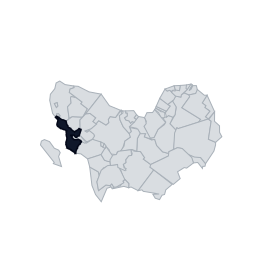 Mozambique on a map of Africa (Mercator projection), rotated 127°
{"feature_id": "MOZ", "entity_name": "Mozambique", "entity_type": "country or territory", "adm_level": 0, "iso_a3": "MOZ", "parent_name": "Africa", "parent_adm1": "", "projection": "mercator", "projection_center": [35.316, -18.663], "detail": "fine", "context": "in_parent", "style": "filled", "palette": "ink", "viewbox_px": 256, "rotation_deg": 127, "n_neighbors": 49, "source": "natural_earth", "source_scale": "50m", "svg_char_len": 14387}
<svg xmlns="http://www.w3.org/2000/svg" viewBox="0 0 256 256"><g transform="rotate(127 128 128)"><path d="M165.4,133.5L177.0,141.7L177.0,150.0L179.4,154.1L177.7,155.4L166.9,156.8L165.1,152.1L158.5,149.7L156.1,145.7L155.5,141.3L158.6,138.8L157.8,133.9L165.4,133.5Z" fill="#d9dde1" stroke="#a8b0b8" stroke-width="1"/><path d="M72.5,69.3L72.5,72.9L65.3,72.8L65.4,79.0L63.4,79.2L63.3,83.8L54.2,84.6L62.9,68.6L72.5,69.3Z" fill="#d9dde1" stroke="#a8b0b8" stroke-width="1"/><path d="M155.5,141.3L158.5,149.7L154.2,150.1L153.4,157.4L156.1,158.2L156.3,160.6L150.7,157.0L139.8,155.8L138.9,147.4L135.3,146.6L133.0,148.9L129.6,149.1L127.1,144.3L118.0,144.1L121.1,141.3L123.3,142.3L126.4,139.2L130.0,132.4L131.9,122.3L133.9,120.5L140.4,122.6L147.4,120.0L151.2,120.0L153.5,122.1L156.3,121.4L159.5,126.6L156.7,130.1L155.5,141.3Z" fill="#d9dde1" stroke="#a8b0b8" stroke-width="1"/><path d="M182.2,135.1L180.9,125.4L183.4,122.2L189.6,120.5L195.7,113.9L186.8,111.3L184.3,108.2L185.6,106.3L188.8,108.5L203.0,105.0L200.7,113.8L195.6,122.2L182.2,135.1Z" fill="#d9dde1" stroke="#a8b0b8" stroke-width="1"/><path d="M177.0,141.7L165.4,133.5L167.9,127.3L165.7,122.2L168.5,119.4L174.6,123.6L182.8,122.9L180.9,125.4L182.2,135.1L177.0,141.7Z" fill="#d9dde1" stroke="#a8b0b8" stroke-width="1"/><path d="M145.1,113.4L143.4,112.5L142.7,111.8L142.9,109.3L139.3,103.8L141.7,96.8L143.6,97.0L143.5,86.9L146.0,86.9L146.0,82.2L171.9,82.2L173.3,90.1L175.3,91.5L171.9,93.9L170.6,101.6L166.2,108.1L165.6,112.4L162.9,104.5L159.9,109.9L156.9,108.9L154.7,110.8L149.8,110.7L146.2,108.9L143.6,112.6L145.1,113.4Z" fill="#d9dde1" stroke="#a8b0b8" stroke-width="1"/><path d="M143.5,87.9L143.6,97.0L141.7,96.8L139.3,103.8L141.4,107.0L130.7,114.2L124.8,115.2L121.9,110.5L125.2,109.6L123.3,102.1L121.0,99.8L124.7,94.6L126.2,86.0L123.9,80.2L126.1,78.9L143.5,87.9Z" fill="#d9dde1" stroke="#a8b0b8" stroke-width="1"/><path d="M127.1,196.6L128.2,195.3L131.8,197.7L134.9,196.3L134.9,187.3L137.0,192.3L138.6,192.0L142.3,188.5L147.5,189.0L155.7,180.9L159.5,181.3L161.1,186.3L160.9,189.9L159.2,189.6L158.4,192.1L159.7,193.4L163.1,192.0L161.7,197.0L153.0,207.2L147.7,210.3L140.7,210.1L135.3,212.5L131.6,210.8L131.2,204.4L127.1,196.6ZM154.7,197.5L152.7,197.3L150.4,199.8L152.8,201.5L154.7,197.5Z" fill="#d9dde1" stroke="#a8b0b8" stroke-width="1"/><path d="M154.7,197.5L152.8,201.5L150.4,199.8L152.7,197.3L154.7,197.5Z" fill="#d9dde1" stroke="#a8b0b8" stroke-width="1"/><path d="M159.5,181.3L152.6,179.5L146.6,170.8L150.5,171.2L157.5,165.7L163.1,168.4L162.7,176.7L159.5,181.3Z" fill="#d9dde1" stroke="#a8b0b8" stroke-width="1"/><path d="M155.7,180.9L147.5,189.0L142.3,188.5L138.6,192.0L137.0,192.3L134.9,187.3L134.9,180.3L137.0,180.2L137.1,172.0L146.6,170.8L152.6,179.5L155.7,180.9Z" fill="#d9dde1" stroke="#a8b0b8" stroke-width="1"/><path d="M134.9,180.3L134.9,196.3L131.8,197.7L128.2,195.3L127.1,196.6L124.7,192.9L122.6,180.9L117.1,169.8L146.2,170.4L137.1,172.0L137.0,180.2L134.9,180.3Z" fill="#d9dde1" stroke="#a8b0b8" stroke-width="1"/><path d="M55.0,101.5L53.0,98.9L56.3,95.0L59.7,94.7L64.9,99.2L66.3,104.1L55.1,104.2L54.7,102.5L61.3,101.7L55.0,101.5Z" fill="#d9dde1" stroke="#a8b0b8" stroke-width="1"/><path d="M66.3,104.1L64.9,99.2L66.0,97.5L79.4,97.2L77.4,75.2L80.7,75.1L98.3,87.6L98.4,89.1L100.8,88.8L99.4,97.1L89.1,98.4L82.7,101.8L79.7,108.7L73.9,109.1L71.5,104.4L69.3,105.4L66.3,104.1Z" fill="#d9dde1" stroke="#a8b0b8" stroke-width="1"/><path d="M54.2,84.6L63.3,83.8L63.4,79.2L65.4,79.0L65.3,72.8L72.5,72.9L72.5,69.3L80.7,75.1L77.4,75.2L79.4,97.2L66.0,97.5L64.9,99.2L59.7,94.7L55.5,95.8L55.9,86.7L54.2,84.6Z" fill="#d9dde1" stroke="#a8b0b8" stroke-width="1"/><path d="M97.3,117.8L95.5,118.0L95.1,111.4L93.1,108.5L97.7,104.5L99.8,107.9L97.4,112.8L97.3,117.8Z" fill="#d9dde1" stroke="#a8b0b8" stroke-width="1"/><path d="M123.9,80.2L126.2,86.0L124.7,94.6L121.0,99.8L123.3,102.1L122.4,104.0L120.0,101.5L111.1,103.2L103.3,100.9L100.4,101.6L99.3,105.8L93.7,103.2L92.3,98.5L99.4,97.1L100.8,88.8L117.6,78.7L122.3,81.1L123.9,80.2Z" fill="#d9dde1" stroke="#a8b0b8" stroke-width="1"/><path d="M97.3,117.8L101.0,101.2L111.1,103.2L120.0,101.5L123.3,104.9L117.1,116.2L111.6,117.4L110.0,121.0L104.3,122.1L100.9,117.7L97.3,117.8Z" fill="#d9dde1" stroke="#a8b0b8" stroke-width="1"/><path d="M123.1,103.1L125.2,109.6L121.9,110.5L125.1,114.6L123.1,121.1L126.2,127.7L112.5,126.5L110.0,121.6L110.6,119.5L113.5,116.1L117.1,116.2L123.1,103.1Z" fill="#d9dde1" stroke="#a8b0b8" stroke-width="1"/><path d="M93.4,107.3L95.5,118.0L93.8,118.5L91.4,107.9L93.4,107.3Z" fill="#d9dde1" stroke="#a8b0b8" stroke-width="1"/><path d="M91.5,107.3L93.8,118.5L85.2,120.5L85.0,107.4L91.5,107.3Z" fill="#d9dde1" stroke="#a8b0b8" stroke-width="1"/><path d="M73.9,109.1L77.9,108.4L85.3,110.3L85.2,120.5L74.6,121.9L74.9,119.0L72.7,117.3L73.9,109.1Z" fill="#d9dde1" stroke="#a8b0b8" stroke-width="1"/><path d="M61.6,103.8L69.3,105.4L71.5,104.4L73.9,109.1L73.4,114.6L71.4,115.4L70.2,112.7L68.5,113.2L67.2,109.4L62.6,111.9L58.4,107.2L61.6,103.8Z" fill="#d9dde1" stroke="#a8b0b8" stroke-width="1"/><path d="M55.1,104.2L61.6,103.8L61.5,105.5L58.4,107.2L55.1,104.2Z" fill="#d9dde1" stroke="#a8b0b8" stroke-width="1"/><path d="M73.0,114.6L72.7,117.3L74.9,119.0L74.6,121.9L66.5,116.6L69.1,113.0L71.4,115.4L73.0,114.6Z" fill="#d9dde1" stroke="#a8b0b8" stroke-width="1"/><path d="M62.6,111.9L67.2,109.4L69.1,113.0L66.5,116.6L62.6,111.9Z" fill="#d9dde1" stroke="#a8b0b8" stroke-width="1"/><path d="M79.7,108.7L82.1,102.3L89.1,98.4L92.3,98.5L93.7,103.2L96.2,103.7L93.4,107.3L85.0,107.4L85.3,110.3L79.7,108.7Z" fill="#d9dde1" stroke="#a8b0b8" stroke-width="1"/><path d="M151.2,120.0L144.7,120.3L140.4,122.6L133.9,120.5L131.7,123.8L128.9,123.3L126.4,126.5L123.0,119.5L124.8,115.2L130.7,114.2L141.4,107.0L142.7,111.8L151.2,120.0Z" fill="#d9dde1" stroke="#a8b0b8" stroke-width="1"/><path d="M131.7,123.8L130.0,132.4L126.4,139.2L123.3,142.3L119.0,141.1L117.5,142.5L115.7,140.1L117.3,138.9L116.5,137.5L118.9,135.7L122.0,136.8L122.9,134.4L121.7,131.4L122.6,128.8L120.4,128.6L120.0,126.5L126.2,127.7L128.9,123.3L131.7,123.8Z" fill="#d9dde1" stroke="#a8b0b8" stroke-width="1"/><path d="M116.1,126.5L119.7,126.4L120.4,128.6L122.6,128.8L121.7,131.4L122.9,134.4L122.0,136.8L118.9,135.7L116.5,137.5L117.3,138.9L115.7,140.1L110.7,133.9L112.2,129.2L116.1,129.1L116.1,126.5Z" fill="#d9dde1" stroke="#a8b0b8" stroke-width="1"/><path d="M112.5,126.5L116.1,126.5L116.1,129.1L112.2,129.2L112.5,126.5Z" fill="#d9dde1" stroke="#a8b0b8" stroke-width="1"/><path d="M158.5,149.7L164.0,152.7L162.8,161.7L163.9,162.2L157.3,164.1L157.5,165.7L150.5,171.2L142.1,170.3L139.2,167.0L139.3,159.8L143.9,159.9L143.6,155.4L150.7,157.0L156.3,160.6L156.1,158.2L153.4,157.4L153.5,151.5L154.8,149.9L158.5,149.7Z" fill="#d9dde1" stroke="#a8b0b8" stroke-width="1"/><path d="M162.9,151.7L166.3,153.7L166.9,161.4L169.3,163.7L167.9,168.6L166.7,163.7L162.8,161.7L164.5,154.5L162.9,151.7Z" fill="#d9dde1" stroke="#a8b0b8" stroke-width="1"/><path d="M161.4,192.0L159.7,193.4L158.4,192.1L159.2,189.6L161.4,192.0Z" fill="#d9dde1" stroke="#a8b0b8" stroke-width="1"/><path d="M117.5,142.5L119.0,142.4L118.0,144.1L117.5,142.5ZM118.4,144.8L127.1,144.3L129.6,149.1L133.0,148.9L135.3,146.6L138.9,147.4L139.8,155.8L143.9,156.1L143.9,159.9L139.3,159.8L139.2,167.0L142.1,170.3L117.1,169.8L121.4,156.3L118.4,144.8Z" fill="#d9dde1" stroke="#a8b0b8" stroke-width="1"/><path d="M158.0,136.7L158.6,138.8L155.5,141.3L154.8,137.6L158.0,136.7Z" fill="#d9dde1" stroke="#a8b0b8" stroke-width="1"/><path d="M198.8,157.9L201.4,166.2L199.9,166.2L194.2,187.7L190.6,189.3L187.6,187.8L186.1,182.5L188.5,174.7L187.4,170.0L188.5,167.3L192.5,166.3L198.8,157.9Z" fill="#d9dde1" stroke="#a8b0b8" stroke-width="1"/><path d="M54.7,102.5L58.6,100.9L61.3,101.7L54.7,102.5Z" fill="#d9dde1" stroke="#a8b0b8" stroke-width="1"/><path d="M112.2,62.0L107.9,52.2L109.8,44.6L112.2,43.5L113.7,45.2L115.5,44.2L113.6,51.6L116.5,54.7L112.2,62.0Z" fill="#d9dde1" stroke="#a8b0b8" stroke-width="1"/><path d="M72.5,69.3L72.5,65.7L88.6,57.0L86.7,49.4L88.8,47.9L94.7,45.5L109.8,44.6L107.9,52.2L111.2,57.4L112.9,64.2L111.8,72.4L113.9,76.6L117.6,78.7L103.9,87.8L98.4,89.1L98.3,87.6L72.5,69.3Z" fill="#d9dde1" stroke="#a8b0b8" stroke-width="1"/><path d="M171.0,99.6L171.9,93.9L175.3,91.5L177.1,96.2L185.5,103.5L183.9,103.9L178.8,99.4L171.0,99.6Z" fill="#d9dde1" stroke="#a8b0b8" stroke-width="1"/><path d="M62.9,68.6L70.6,62.9L71.2,56.2L76.4,52.2L78.5,47.8L86.7,49.4L88.6,57.0L72.5,65.7L72.6,68.6L62.9,68.6Z" fill="#d9dde1" stroke="#a8b0b8" stroke-width="1"/><path d="M171.9,82.2L146.0,82.2L146.4,58.8L154.6,60.6L159.1,58.8L161.2,60.4L166.2,59.7L167.7,64.0L166.0,68.2L162.0,63.4L169.4,77.7L169.0,79.6L171.9,82.2Z" fill="#d9dde1" stroke="#a8b0b8" stroke-width="1"/><path d="M145.8,57.9L146.0,86.9L143.5,87.9L126.1,78.9L122.3,81.1L113.9,76.6L111.8,72.4L113.2,59.3L116.5,54.7L124.7,57.0L125.8,59.3L133.1,62.1L137.0,55.9L145.8,57.9Z" fill="#d9dde1" stroke="#a8b0b8" stroke-width="1"/><path d="M195.7,113.9L189.6,120.5L177.8,124.0L170.4,121.7L163.4,114.4L171.0,99.6L173.5,100.1L174.2,98.4L182.2,101.8L183.9,103.9L182.6,107.2L184.8,107.5L186.8,111.3L195.7,113.9Z" fill="#d9dde1" stroke="#a8b0b8" stroke-width="1"/><path d="M183.9,103.9L186.0,104.2L184.8,107.5L182.6,107.2L183.9,103.9Z" fill="#d9dde1" stroke="#a8b0b8" stroke-width="1"/><path d="M165.4,133.5L156.0,134.4L159.6,123.2L165.7,122.2L166.7,123.7L167.9,127.3L165.4,133.5Z" fill="#d9dde1" stroke="#a8b0b8" stroke-width="1"/><path d="M157.8,133.9L158.6,136.4L154.8,137.6L155.4,135.0L157.8,133.9Z" fill="#d9dde1" stroke="#a8b0b8" stroke-width="1"/><path d="M158.7,123.8L156.3,121.4L152.5,121.8L143.6,112.6L147.7,108.6L149.8,110.7L154.7,110.8L156.9,108.9L159.9,109.9L162.2,107.1L161.5,105.1L163.9,104.7L165.6,112.4L163.4,114.4L168.5,119.4L164.3,123.2L158.7,123.8Z" fill="#d9dde1" stroke="#a8b0b8" stroke-width="1"/><path d="M159.7,181.6L160.0,181.4L160.4,181.0L160.7,180.6L161.0,180.3L161.3,180.0L161.7,179.5L162.1,179.1L162.1,178.7L162.3,178.2L162.3,177.9L162.3,177.7L162.4,177.4L162.8,177.2L163.0,176.8L163.2,176.5L163.5,176.0L163.5,175.8L163.5,175.7L163.4,175.5L163.2,175.2L163.0,174.6L163.1,174.2L163.1,173.9L163.0,173.7L162.9,173.7L162.8,173.4L163.2,173.1L163.3,173.0L163.3,172.8L163.3,172.5L163.5,172.2L163.4,172.0L163.4,171.8L163.4,171.6L163.4,170.9L163.4,170.1L163.4,169.7L163.2,169.2L163.2,168.8L163.3,168.6L163.4,168.4L163.1,168.4L162.9,168.4L162.7,168.2L162.3,168.0L161.8,167.8L161.2,167.8L160.6,167.3L160.2,167.2L159.6,166.9L159.0,166.9L158.3,166.8L157.9,166.8L157.8,166.4L157.8,166.0L157.8,165.7L157.7,165.4L157.6,165.2L157.4,164.7L157.9,164.4L158.1,164.3L158.4,164.2L158.9,164.0L159.4,163.9L159.8,163.7L160.3,163.6L160.5,163.5L160.7,163.4L161.3,163.2L161.7,163.1L161.9,163.0L162.5,162.8L163.2,162.6L163.4,162.5L163.9,162.3L164.0,162.4L164.3,163.0L164.6,163.3L164.9,163.6L165.0,163.5L165.6,163.4L165.8,163.4L166.1,163.3L166.4,163.2L166.5,163.3L166.8,163.7L166.8,164.0L166.9,164.4L166.9,164.6L166.9,164.9L166.8,165.2L166.6,165.6L166.6,165.8L166.4,166.2L166.3,166.3L166.2,166.4L166.2,166.6L166.3,166.7L166.5,166.9L166.5,167.0L166.5,167.3L166.8,167.6L167.0,167.8L167.3,168.1L167.7,168.6L167.9,168.7L168.0,168.7L168.1,168.9L168.0,169.0L167.9,169.1L168.0,169.3L168.3,169.4L168.5,169.3L168.5,168.7L168.3,168.3L168.2,168.1L168.4,167.7L168.5,167.4L168.6,167.2L169.1,167.1L169.4,167.0L169.5,167.0L169.6,166.7L169.6,166.1L169.7,165.5L169.6,165.2L169.7,164.6L169.8,164.3L169.7,164.3L169.7,163.8L169.3,163.4L168.9,162.8L168.7,162.4L168.4,162.1L167.9,161.5L167.6,161.3L167.5,161.2L167.1,161.2L166.9,160.9L166.8,160.5L166.8,160.3L166.8,159.9L166.7,159.3L166.7,159.1L166.6,158.7L166.4,158.3L166.4,158.2L166.5,158.1L166.7,157.8L166.8,157.6L167.0,157.1L167.1,156.9L167.5,156.9L167.8,156.9L168.2,156.9L168.8,156.9L169.1,156.9L169.4,156.8L169.6,156.6L169.8,156.6L170.2,156.8L170.4,157.0L170.7,157.2L171.2,157.2L171.5,157.1L171.9,156.9L172.2,156.9L172.3,156.9L172.5,157.0L173.0,157.2L173.4,157.1L173.8,156.9L174.0,156.7L174.1,156.4L174.4,156.2L174.8,156.2L175.1,156.3L175.5,156.5L175.7,156.4L176.1,156.1L176.5,156.0L176.9,156.0L177.3,155.9L177.5,155.7L177.8,155.6L178.1,155.5L178.4,155.4L178.7,155.2L179.1,154.9L179.5,154.6L179.8,154.4L179.9,154.6L180.1,154.8L180.0,155.0L179.8,155.1L180.1,155.2L179.9,155.4L179.9,155.6L179.8,156.0L179.7,156.2L179.6,156.3L179.8,156.6L179.7,157.1L179.8,157.5L179.9,157.8L179.8,158.1L179.9,158.5L179.8,158.9L179.9,159.0L180.0,159.2L180.0,159.5L179.7,159.9L179.7,160.0L180.0,160.0L180.0,160.3L180.0,160.6L180.0,160.9L179.9,161.1L180.0,161.3L180.0,161.5L180.0,162.0L180.0,162.6L180.2,162.8L180.3,162.8L180.3,163.0L180.1,163.2L180.1,163.3L180.2,163.5L180.3,163.3L180.5,163.4L180.5,163.5L180.6,163.9L180.6,164.1L180.4,164.2L180.3,164.4L180.2,164.6L180.3,164.7L180.2,164.7L180.1,164.8L180.2,165.0L180.0,165.6L179.4,166.3L179.2,166.5L179.0,166.8L179.0,167.0L178.7,167.3L178.4,167.4L178.3,167.5L178.4,167.8L178.2,167.9L177.9,168.1L177.1,168.6L176.8,169.0L176.5,169.1L176.3,169.2L176.0,169.2L175.9,169.2L175.8,169.3L175.2,169.5L174.7,169.7L174.5,169.8L174.0,170.0L173.3,170.4L172.7,170.8L172.3,171.2L172.2,171.2L172.1,171.4L172.0,171.6L171.7,172.1L171.2,172.6L170.9,173.0L170.7,173.2L170.5,173.4L170.4,173.4L170.0,173.5L169.7,173.7L169.3,174.1L168.6,174.8L167.7,175.6L167.2,175.3L167.2,175.5L167.3,175.6L167.3,175.8L167.3,176.2L167.2,176.9L167.2,177.1L167.3,177.3L167.6,177.6L167.8,177.9L168.1,178.8L168.1,179.3L168.4,179.9L168.4,180.1L168.6,180.8L168.5,181.3L168.5,181.6L168.7,181.8L168.7,181.6L168.7,181.4L168.8,181.1L169.0,181.3L169.0,181.6L168.9,182.2L168.9,182.5L169.1,183.0L168.9,183.5L168.7,184.7L168.6,184.9L168.7,185.0L168.8,185.1L168.9,184.9L169.0,184.9L169.0,185.0L168.9,185.6L168.8,185.8L168.4,186.5L168.2,186.7L167.8,187.0L167.0,187.4L165.3,188.0L164.6,188.3L164.2,188.5L163.4,189.0L163.0,189.4L162.9,189.8L162.7,190.0L162.7,190.5L162.8,190.6L163.0,190.7L163.0,190.8L163.2,190.6L163.3,190.5L163.4,190.4L163.3,190.9L163.2,192.3L162.6,192.3L162.3,192.3L162.1,192.3L161.7,192.3L161.5,191.5L161.5,191.3L161.4,191.1L161.4,190.9L161.4,190.5L161.4,190.3L161.2,190.2L161.1,189.7L161.3,189.3L161.2,188.7L161.3,188.5L161.3,188.0L161.3,187.4L161.3,187.0L161.3,186.5L161.2,186.3L161.2,186.2L161.0,185.5L160.9,185.2L160.7,184.9L160.6,184.6L160.4,184.4L160.3,184.2L160.3,183.7L160.1,183.1L160.0,182.6L159.9,182.1L159.8,181.8L159.7,181.6ZM167.2,158.1L167.3,158.0L167.3,157.9L167.2,157.8L167.1,158.1L167.2,158.1ZM167.1,157.9L166.9,157.8L166.9,158.0L167.0,158.0L167.1,157.9Z" fill="#0f172a" stroke="#020617" stroke-width="1.5"/></g></svg>